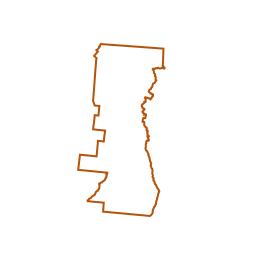 outline of La Matanza, Buenos Aires, Argentina, rotated 322°
{"feature_id": "61730980B21366789082443", "entity_name": "La Matanza", "entity_type": "district", "adm_level": 2, "iso_a3": "ARG", "parent_name": "Argentina", "parent_adm1": "Buenos Aires", "projection": "albers", "projection_center": [-58.605, -34.773], "detail": "fine", "context": "isolated", "style": "outline", "palette": "amber", "viewbox_px": 256, "rotation_deg": 322, "n_neighbors": 0, "source": "geoboundaries", "source_scale": "gbopen_adm2", "svg_char_len": 5775}
<svg xmlns="http://www.w3.org/2000/svg" viewBox="0 0 256 256"><g transform="rotate(322 128 128)"><path d="M204.8,87.3L158.9,45.7L158.3,45.1L155.4,46.1L155.6,46.6L153.3,47.2L152.5,47.3L151.0,47.2L151.4,49.2L145.7,50.3L146.2,53.8L145.0,54.6L140.0,60.1L138.1,62.1L125.2,76.4L117.3,85.0L117.2,85.0L115.6,89.8L119.0,93.0L112.4,100.0L109.7,97.4L104.6,102.8L102.2,104.9L99.7,107.6L108.4,116.0L104.3,119.9L100.6,123.7L96.5,119.6L85.8,131.0L73.7,119.5L63.0,130.3L84.2,150.5L83.9,151.0L83.5,151.1L82.8,150.8L82.5,150.9L82.4,151.0L82.3,151.3L82.4,151.6L82.3,151.9L81.9,152.2L81.7,152.6L81.2,152.7L80.5,153.2L80.5,153.4L80.4,153.6L80.2,153.7L79.9,153.6L79.4,153.6L78.7,154.2L77.7,154.7L77.2,154.6L76.9,154.7L76.6,154.6L76.1,154.7L75.6,154.6L75.3,154.5L74.9,154.7L74.5,154.7L74.0,154.9L73.9,154.8L73.5,154.5L73.1,154.4L72.7,154.4L72.3,154.3L71.3,154.1L70.9,154.1L70.7,154.3L70.6,154.7L70.7,155.1L70.7,155.3L69.9,156.0L68.9,157.1L68.6,157.3L68.4,157.6L68.2,157.8L67.8,158.1L67.1,158.1L66.9,158.2L66.3,158.6L66.0,158.9L65.1,158.5L64.5,158.6L64.0,158.7L63.6,158.6L63.2,158.7L62.2,159.3L60.2,160.3L59.8,160.2L59.4,160.0L58.7,159.8L58.2,159.9L57.6,159.9L57.2,160.0L56.4,159.9L56.0,160.1L55.8,160.2L55.3,160.3L55.0,160.3L54.2,159.9L53.7,159.9L53.2,160.0L52.9,160.2L52.6,160.4L52.2,160.5L51.8,160.2L51.6,160.2L51.2,160.9L62.9,171.9L56.9,178.6L91.1,210.8L91.5,210.8L92.2,210.9L93.0,210.7L94.4,210.5L95.0,210.0L95.7,209.4L96.1,208.9L96.3,208.7L96.5,208.7L97.1,207.9L97.7,207.5L98.3,207.4L98.9,207.0L99.9,206.2L100.2,206.2L100.7,206.4L100.9,206.4L101.8,205.7L103.0,205.3L103.2,205.1L103.4,204.6L104.1,204.4L104.4,204.0L105.0,203.2L106.2,202.6L106.7,202.2L107.5,201.6L107.8,201.2L108.1,200.9L108.9,200.5L109.4,200.1L110.1,199.6L111.5,198.3L111.9,198.2L112.4,197.8L113.5,197.4L113.9,196.7L113.8,196.4L113.9,195.8L114.0,195.5L114.3,195.0L114.3,194.3L114.1,193.8L114.1,193.2L114.4,192.7L114.5,191.6L114.7,191.1L114.8,190.7L115.0,190.0L115.0,189.8L114.7,189.1L115.0,188.7L115.3,187.3L115.7,186.9L115.8,186.6L115.9,185.8L115.7,185.5L115.7,185.0L116.0,184.5L116.4,184.3L116.8,183.6L117.3,183.3L117.4,183.0L117.4,182.9L117.1,182.1L117.1,181.9L117.4,181.4L117.9,181.1L118.3,180.8L118.7,180.2L118.8,179.8L118.9,179.1L119.0,178.8L119.3,178.5L120.1,177.9L121.0,176.6L121.2,176.1L121.8,175.7L122.0,175.0L121.9,174.7L121.8,174.2L122.6,172.3L122.7,172.1L122.6,171.8L122.6,171.7L123.4,170.9L124.0,170.7L124.6,169.9L124.6,169.4L124.6,168.9L124.9,168.4L125.0,167.7L125.4,167.1L125.6,166.4L125.9,166.0L126.1,165.6L126.5,165.1L126.6,164.6L127.0,163.1L127.1,162.9L127.1,162.3L127.2,161.9L127.3,161.8L127.7,161.6L128.1,161.2L128.2,160.8L128.2,160.2L128.4,159.2L128.6,158.8L128.8,157.8L128.8,157.4L128.5,157.1L128.4,156.9L128.4,156.7L128.7,155.9L128.9,155.7L129.2,154.8L129.6,154.4L130.1,154.2L130.3,154.1L131.3,152.6L131.8,152.1L132.1,151.6L132.9,151.4L133.1,151.1L133.4,150.4L133.6,150.2L134.1,150.1L134.7,149.7L134.9,149.6L135.2,149.7L135.6,149.8L135.8,150.2L136.3,150.7L136.6,150.7L136.9,150.5L137.3,149.4L137.4,149.0L137.7,148.7L137.6,148.2L138.1,147.9L138.1,147.4L137.9,146.9L138.0,146.7L138.4,146.6L138.7,146.9L138.9,147.2L139.2,147.3L139.4,147.3L139.5,146.9L139.5,146.7L139.3,146.5L138.8,146.4L138.7,146.2L138.8,145.8L139.4,145.5L139.4,145.3L139.6,144.7L140.2,144.1L140.4,143.9L140.4,143.3L140.7,143.1L141.5,142.8L141.7,142.5L141.8,142.2L141.3,141.8L141.2,141.5L141.2,141.3L141.3,141.2L142.0,140.5L142.7,139.6L142.9,139.3L142.9,139.0L142.5,138.7L142.4,138.5L142.4,136.8L142.6,135.6L142.7,135.4L142.9,135.2L143.3,134.8L143.9,134.1L144.2,133.8L144.4,133.6L144.4,133.2L144.1,132.6L143.5,132.4L143.4,132.3L143.3,132.1L143.4,131.9L144.2,131.2L145.0,130.3L145.6,130.1L146.0,129.7L146.5,129.7L147.2,130.6L147.6,130.8L148.4,130.4L149.2,129.5L149.6,129.3L150.3,128.9L150.4,128.1L150.2,127.7L149.9,127.5L149.2,127.7L148.9,127.5L149.0,127.4L149.1,127.2L149.5,126.9L149.6,126.3L149.5,126.0L149.2,125.7L149.1,124.9L149.3,124.6L149.4,124.4L149.4,124.1L149.6,123.9L151.0,123.9L151.3,123.8L151.4,123.4L151.6,123.2L151.8,123.1L152.1,123.4L152.3,123.4L152.5,123.4L152.7,123.2L152.5,122.7L152.4,122.4L152.0,122.0L151.9,121.7L151.8,121.0L151.9,120.7L152.2,120.4L152.3,120.3L152.2,119.3L152.4,119.1L152.7,118.9L152.9,118.5L153.5,118.2L154.5,118.3L155.4,118.2L156.0,118.3L156.2,118.2L156.5,117.8L156.7,117.5L156.9,117.6L157.3,118.0L157.5,118.1L157.8,118.2L158.0,118.2L158.5,117.3L159.1,116.9L159.6,116.0L159.7,115.5L160.0,114.6L160.4,114.4L160.7,114.5L160.8,114.7L160.6,115.1L160.6,115.4L160.7,115.6L161.0,115.7L161.4,115.6L161.6,115.7L161.8,116.1L162.2,116.5L162.3,116.7L162.3,116.9L162.4,117.1L163.0,117.8L163.2,118.0L163.2,118.4L163.4,118.8L163.2,119.0L163.2,119.3L163.3,119.4L163.6,119.3L164.0,118.8L164.2,118.7L164.3,118.7L164.6,118.9L165.1,118.9L166.6,118.1L167.1,118.3L167.4,118.1L167.6,117.9L168.3,117.1L168.3,116.9L167.9,116.7L167.7,116.5L167.7,116.3L167.9,115.7L167.5,115.0L166.9,114.6L166.9,114.4L167.0,114.1L167.0,113.7L167.0,113.4L166.8,113.1L166.7,112.5L166.8,112.1L167.4,111.8L167.8,111.4L168.1,111.2L169.6,111.2L170.3,111.4L170.5,111.3L171.0,110.6L171.4,110.5L172.1,110.5L172.4,110.5L173.5,109.5L175.0,108.5L175.5,108.5L176.2,108.7L177.3,108.8L177.9,108.5L178.2,108.1L178.4,108.0L178.6,107.9L179.2,108.1L179.6,108.0L179.7,107.7L179.7,107.2L179.8,106.5L180.2,106.0L181.1,105.1L181.3,104.9L181.3,104.6L181.2,103.9L181.2,103.6L182.0,103.1L182.3,102.7L182.4,101.7L182.3,100.6L182.9,99.9L183.4,98.9L183.6,98.5L183.6,97.5L183.6,97.0L183.8,96.7L184.2,96.7L184.6,96.9L185.4,97.8L185.8,97.9L186.9,98.0L187.0,98.1L187.0,98.3L187.4,98.4L187.7,98.8L187.9,99.0L188.4,99.0L188.8,99.0L189.2,100.2L189.7,100.8L190.2,101.1L191.2,101.4L192.2,101.9L192.7,103.0L193.0,103.4L193.3,103.5L193.8,103.3L193.8,103.0L193.7,102.0L193.9,101.3L193.9,101.1L193.5,100.6L195.6,98.3L204.8,87.3Z" fill="none" stroke="#b45309" stroke-width="2"/></g></svg>